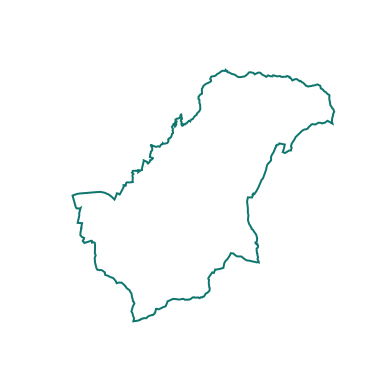 the district of Fieni, Dâmbovita, Romania, rotated 108°
{"feature_id": "2599482B92838501845888", "entity_name": "Fieni", "entity_type": "district", "adm_level": 2, "iso_a3": "ROU", "parent_name": "Romania", "parent_adm1": "Dâmbovita", "projection": "robinson", "projection_center": [25.406, 45.133], "detail": "fine", "context": "isolated", "style": "outline", "palette": "teal", "viewbox_px": 384, "rotation_deg": 108, "n_neighbors": 0, "source": "geoboundaries", "source_scale": "gbopen_adm2", "svg_char_len": 6004}
<svg xmlns="http://www.w3.org/2000/svg" viewBox="0 0 384 384"><g transform="rotate(108 192 192)"><path d="M333.1,207.8L330.7,203.0L330.1,202.7L329.5,201.6L328.6,201.3L327.7,199.7L327.3,199.6L326.6,198.1L326.2,196.5L324.2,195.5L323.2,194.6L321.2,191.9L321.2,191.3L319.7,190.2L319.0,190.3L318.3,189.8L314.3,190.1L313.9,189.3L314.0,187.7L313.7,187.2L310.3,183.7L308.9,181.8L305.0,181.4L303.6,181.5L299.4,176.8L298.2,170.9L297.6,169.6L296.9,168.6L296.3,167.0L296.7,165.5L295.9,163.7L295.8,162.6L295.4,162.2L295.0,161.1L293.9,160.0L292.2,158.9L291.4,157.4L291.6,156.5L290.3,153.3L290.7,152.2L290.6,151.8L289.6,151.3L289.3,151.0L289.1,149.7L288.3,149.4L287.8,148.4L285.6,147.7L284.5,147.7L283.5,146.5L280.7,144.9L277.9,145.4L276.9,146.4L275.1,147.0L274.4,147.6L270.1,148.8L269.5,149.7L268.5,149.8L262.2,147.9L262.2,146.2L258.6,146.0L258.6,145.5L256.8,142.2L254.5,138.7L249.7,139.3L246.9,138.7L245.1,137.6L241.0,136.5L238.2,136.2L237.7,133.5L238.5,132.0L239.3,129.4L238.1,125.1L239.7,120.9L240.1,118.5L239.6,116.3L239.3,112.3L239.0,110.8L239.0,109.0L238.6,108.4L238.4,106.7L237.4,107.2L235.7,108.9L234.9,109.1L233.8,108.9L231.8,110.3L230.8,110.5L230.2,111.3L229.6,111.3L228.6,112.1L227.6,112.3L226.5,113.0L225.6,113.0L224.9,112.4L223.9,112.2L222.4,112.7L222.2,113.2L221.1,114.0L221.2,114.6L221.6,114.7L220.8,116.0L220.4,116.1L220.0,115.4L218.9,115.1L215.9,115.7L212.7,117.8L210.2,121.2L209.1,122.3L208.8,123.8L207.7,124.4L204.6,127.9L201.5,130.1L196.5,131.2L194.4,132.5L189.8,134.0L184.1,136.7L179.8,137.2L178.7,133.3L176.2,133.0L175.9,133.6L174.4,133.2L174.6,132.0L171.2,131.0L167.3,130.3L158.7,129.5L157.1,128.7L148.0,128.4L143.7,128.9L141.3,128.4L140.3,127.7L137.4,126.6L134.0,127.7L131.5,127.4L129.0,126.7L124.2,126.4L122.5,125.9L121.9,126.4L120.7,125.6L120.3,124.6L119.5,124.0L118.8,123.9L118.2,118.4L122.3,118.0L126.0,118.0L126.2,115.6L122.6,112.5L121.8,110.6L121.1,110.9L119.0,110.9L118.0,112.0L115.0,112.1L110.9,110.9L107.7,110.4L99.6,106.1L97.9,104.5L96.9,102.6L95.9,101.6L94.0,101.0L92.4,99.9L91.1,99.5L90.2,98.4L89.8,95.7L86.9,92.9L86.5,91.1L86.5,89.2L85.8,88.4L85.0,87.0L82.4,85.1L83.6,79.5L81.6,80.7L79.9,81.2L77.3,81.6L75.6,81.4L74.7,81.9L71.6,81.6L69.4,83.4L69.0,84.5L67.5,86.0L66.8,87.1L64.6,88.3L63.9,88.4L63.5,88.9L61.4,90.0L59.4,90.8L58.1,90.9L57.3,91.4L57.0,93.2L55.6,95.8L55.3,97.6L54.2,98.9L54.0,100.1L53.7,100.5L53.7,101.5L51.4,102.8L50.9,105.9L53.2,109.2L53.5,110.3L54.3,111.1L55.2,113.3L55.8,114.0L55.8,115.0L55.5,116.0L55.7,116.4L53.7,120.0L53.7,121.2L52.8,123.2L53.4,123.9L52.3,126.9L52.4,128.0L53.4,129.5L54.9,131.0L53.5,132.8L53.1,134.4L52.7,134.2L52.4,134.6L52.3,137.1L52.4,137.6L53.0,137.8L53.4,138.6L54.9,142.5L54.5,144.2L55.7,146.6L55.9,150.9L57.2,151.3L57.7,153.5L57.6,155.8L59.6,157.0L59.1,158.6L58.7,161.5L57.5,163.8L57.7,165.3L58.5,166.5L60.7,168.7L59.8,170.3L59.8,171.3L60.2,174.1L60.8,174.8L63.1,175.8L65.2,177.2L66.0,178.0L68.1,182.1L68.3,184.3L67.2,187.3L67.4,191.0L66.8,193.2L67.1,194.8L66.8,195.6L66.1,195.7L65.9,196.8L65.5,197.7L66.5,197.6L67.3,200.6L69.0,202.0L70.3,202.8L72.3,204.7L74.2,205.6L75.5,207.7L76.1,209.1L76.6,209.4L78.9,209.6L79.5,208.6L80.5,208.1L82.1,209.1L85.1,212.4L87.6,213.9L89.5,214.1L90.9,214.5L95.4,212.9L95.9,213.2L96.5,214.1L99.5,215.3L100.3,214.8L101.4,214.7L102.1,213.4L105.3,212.3L106.2,211.4L110.6,209.7L112.8,210.0L116.0,211.6L117.1,211.4L118.1,212.2L119.8,213.1L122.3,213.8L122.7,214.1L122.9,214.7L124.4,215.6L125.4,215.5L125.2,216.2L125.3,217.0L128.2,218.4L128.5,218.4L129.0,219.4L129.7,219.4L130.0,219.8L130.2,221.2L131.2,220.9L131.6,221.2L132.0,221.8L131.5,222.6L129.8,223.4L128.7,223.4L127.8,224.6L126.3,224.8L125.6,224.1L125.2,224.2L124.0,225.1L122.7,225.8L122.0,225.8L121.6,226.3L122.3,226.7L123.5,226.3L125.3,226.7L126.6,228.2L126.8,228.9L128.2,230.1L129.1,229.6L130.4,229.6L129.5,228.7L129.6,228.4L130.3,228.4L131.3,229.1L131.5,228.4L132.1,228.0L132.3,228.4L133.4,228.2L133.7,227.9L134.9,228.4L133.4,229.4L133.0,230.1L133.1,230.6L133.9,230.5L136.3,231.2L137.9,229.6L139.6,229.5L140.9,228.5L142.0,228.3L142.9,229.0L144.3,228.8L146.3,228.9L147.0,229.5L147.9,229.7L148.1,230.3L148.6,230.7L149.8,230.8L150.6,230.1L152.3,230.3L153.2,230.7L154.8,233.6L155.0,234.3L154.6,234.9L155.7,235.0L155.9,235.6L156.8,236.2L159.0,236.7L158.9,237.9L159.1,238.6L160.0,239.8L160.2,240.5L160.1,243.8L159.8,244.9L160.1,245.6L160.5,245.5L161.5,244.4L161.6,243.8L162.5,243.6L163.5,243.0L164.8,242.8L166.5,243.6L167.7,243.2L169.2,243.5L169.9,243.1L171.4,243.0L171.8,242.8L171.8,239.7L172.0,239.6L173.1,240.0L174.7,241.2L174.7,241.6L176.6,241.6L178.5,242.7L178.1,243.4L177.3,243.9L176.8,247.7L177.9,247.4L184.8,246.9L186.6,246.4L186.9,247.2L189.7,249.2L187.7,249.6L188.0,250.4L188.9,250.3L189.4,252.9L190.3,254.9L191.4,254.6L192.2,255.0L193.0,253.4L193.4,253.7L195.1,253.7L196.2,252.9L200.0,251.9L200.8,251.4L202.0,253.8L203.0,257.0L204.0,257.4L206.5,257.0L206.8,257.6L206.4,258.4L206.6,259.2L207.9,258.7L208.9,258.6L216.5,259.9L216.7,260.0L216.3,262.2L216.6,263.1L217.1,262.9L220.7,263.1L223.1,263.4L221.2,267.3L220.1,270.7L219.7,275.0L220.1,278.6L220.8,280.8L228.2,298.5L229.4,300.8L232.3,304.5L242.0,298.1L243.1,297.0L243.2,296.2L242.8,295.5L242.9,295.0L242.1,293.4L241.6,293.0L246.5,292.8L249.4,291.9L256.7,291.2L255.6,286.9L260.6,286.3L260.5,286.0L264.6,285.6L267.5,284.9L268.8,282.8L269.0,280.4L270.4,280.3L271.9,280.9L272.4,280.7L272.9,280.0L273.1,278.8L273.7,278.5L269.4,272.6L269.5,272.0L271.0,271.5L270.3,270.3L270.3,268.9L272.1,267.9L280.4,265.4L281.6,264.3L282.2,264.0L284.3,264.2L286.2,263.7L287.0,263.1L288.2,262.9L293.9,259.4L295.0,258.3L295.2,257.7L294.9,257.2L295.0,256.0L294.4,254.7L294.3,253.3L295.4,250.0L296.8,249.5L297.7,248.9L297.6,246.4L298.1,243.4L298.2,240.3L300.2,237.0L302.0,235.5L300.6,233.4L300.5,232.4L300.0,231.5L300.0,230.9L301.5,227.3L302.3,226.4L302.3,225.8L303.1,225.1L303.9,223.8L304.6,221.2L305.5,220.4L307.3,218.2L310.1,216.8L312.9,214.9L314.1,214.5L314.3,213.6L315.9,212.3L318.9,212.9L324.3,212.7L325.9,211.0L327.1,210.4L330.3,207.9L331.7,208.0L333.1,207.8Z" fill="none" stroke="#0f766e" stroke-width="2"/></g></svg>